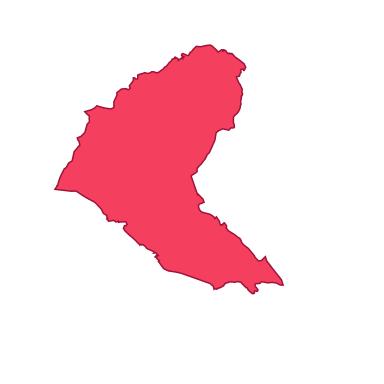 Bygland nor, Aust-Agder, Norway, rotated 237°
{"feature_id": "86288312B73251107165471", "entity_name": "Bygland nor", "entity_type": "district", "adm_level": 2, "iso_a3": "NOR", "parent_name": "Norway", "parent_adm1": "Aust-Agder", "projection": "mercator", "projection_center": [7.603, 58.872], "detail": "fine", "context": "isolated", "style": "filled", "palette": "rose", "viewbox_px": 384, "rotation_deg": 237, "n_neighbors": 0, "source": "geoboundaries", "source_scale": "gbopen_adm2", "svg_char_len": 5931}
<svg xmlns="http://www.w3.org/2000/svg" viewBox="0 0 384 384"><g transform="rotate(237 192 192)"><path d="M268.9,78.5L258.5,91.1L255.9,95.3L248.0,98.7L242.6,101.4L236.5,104.8L233.5,105.5L226.8,106.6L222.3,106.0L220.8,106.8L218.4,107.7L217.5,107.0L216.0,107.1L215.9,105.8L212.8,106.2L210.8,111.0L208.2,111.9L207.6,114.4L206.8,114.3L206.5,114.0L205.7,116.0L204.5,117.8L203.1,120.3L200.1,119.9L200.2,119.5L200.2,119.3L200.0,118.7L199.8,118.3L199.7,118.1L199.8,118.0L200.4,117.4L200.5,117.0L199.3,115.4L198.8,114.6L197.0,114.7L195.8,114.6L189.6,116.1L186.6,117.1L181.5,118.4L177.6,119.0L177.3,119.5L176.5,119.6L175.8,119.4L175.8,120.5L175.5,120.6L175.2,120.8L175.1,121.1L174.9,121.2L174.7,122.0L174.3,122.4L173.5,122.5L173.1,122.7L172.0,123.1L171.6,123.1L171.2,123.2L169.9,123.2L169.1,123.4L162.7,127.5L162.2,127.7L162.0,127.1L161.9,127.0L161.5,127.0L161.5,126.9L161.3,127.2L161.2,127.7L161.0,128.2L160.5,128.7L159.7,128.6L158.7,129.0L158.7,128.9L158.6,128.6L158.5,128.4L158.1,128.3L157.5,128.8L157.0,129.0L157.0,128.9L157.2,128.5L157.1,128.3L157.2,128.1L157.3,127.7L157.7,127.2L158.0,127.4L158.1,127.1L158.0,126.8L157.8,126.9L157.8,126.7L157.7,126.6L157.7,126.2L157.6,125.8L157.6,125.7L155.9,126.5L154.7,126.3L153.8,126.7L153.0,126.8L152.1,127.1L152.0,126.0L143.1,126.5L138.7,129.2L134.2,134.3L130.2,138.3L105.3,157.4L101.3,158.5L98.7,157.6L98.8,157.8L98.7,158.1L98.5,158.4L97.7,159.0L96.9,160.0L97.3,161.1L96.8,162.0L96.7,162.3L96.8,162.7L96.7,163.0L96.4,163.5L96.4,163.9L96.2,164.4L96.4,165.5L96.2,166.3L96.1,167.4L96.3,167.8L96.6,168.0L96.8,169.1L97.2,169.9L97.2,170.5L97.0,170.9L97.0,171.6L96.5,172.6L96.3,173.5L96.3,174.2L96.2,174.7L95.6,175.5L95.1,175.9L95.1,176.2L94.7,176.8L93.8,177.7L93.1,178.6L92.8,179.5L92.5,180.0L92.5,180.3L92.1,181.4L91.3,182.1L91.1,182.4L90.6,183.0L89.7,183.7L89.5,184.0L87.4,184.1L86.8,184.2L86.4,184.5L85.0,184.6L83.3,185.1L82.5,185.1L82.2,185.2L81.5,186.1L81.3,186.1L80.8,186.1L79.8,185.7L78.1,186.0L77.7,186.2L74.5,187.0L74.0,187.3L73.9,187.7L73.4,187.8L73.3,188.2L73.3,189.5L74.3,189.9L74.9,190.5L74.7,191.1L74.2,191.7L73.4,192.1L73.2,192.9L73.7,193.9L74.2,194.0L74.8,194.0L77.0,193.9L78.5,193.6L79.5,194.0L80.3,195.2L80.0,196.4L79.1,197.6L78.4,199.1L78.9,201.5L74.6,206.0L72.6,209.8L69.7,213.3L66.1,215.2L64.7,217.0L64.3,217.7L69.7,219.2L84.3,217.8L93.6,217.1L97.8,218.3L96.8,213.2L97.0,212.0L97.9,210.2L102.9,209.3L104.6,209.6L113.9,208.5L114.4,208.4L118.5,206.9L121.2,206.2L121.7,206.2L123.5,206.3L124.8,206.8L127.3,206.8L128.9,205.9L132.8,204.6L139.4,201.5L143.3,201.0L143.5,201.2L143.6,201.7L144.7,202.5L148.3,202.5L148.6,202.3L148.7,202.1L148.7,201.7L148.6,201.2L148.4,200.6L147.9,200.1L147.7,199.7L147.9,199.5L148.3,199.4L148.5,198.9L148.4,198.3L150.2,198.1L152.4,199.0L157.9,198.9L157.2,196.7L159.1,196.8L161.2,196.1L163.8,194.8L168.3,190.5L170.0,189.3L171.0,188.8L173.9,188.7L175.0,189.0L177.2,190.2L177.8,191.5L176.8,196.5L180.0,197.3L187.2,195.9L187.2,195.6L186.7,195.5L186.7,195.2L205.7,199.9L206.1,200.9L206.2,201.9L206.0,203.3L206.1,206.5L206.5,207.5L207.2,208.0L208.0,208.4L209.3,209.4L209.4,210.7L209.7,211.3L210.1,213.1L210.5,215.2L211.6,217.9L212.6,221.2L213.2,222.0L213.8,223.3L215.0,225.0L215.6,228.1L222.8,239.2L228.6,244.6L228.9,248.0L228.2,252.3L223.9,256.4L224.0,257.5L224.6,259.3L224.5,259.6L223.2,261.6L223.1,262.3L223.3,262.9L224.9,263.8L226.2,264.3L227.6,264.5L231.4,267.0L232.6,268.1L232.9,269.8L233.6,273.5L234.6,275.7L236.5,278.4L237.3,278.9L237.9,279.5L238.4,280.4L239.7,281.3L240.2,281.5L240.7,281.8L241.7,282.1L242.6,283.4L243.2,283.9L244.1,284.3L244.4,284.7L244.7,284.8L244.7,285.4L245.6,285.7L245.7,286.3L245.9,286.9L246.6,287.8L248.0,288.2L248.6,288.2L249.8,289.2L250.4,289.9L251.1,290.1L253.3,290.4L254.6,290.7L255.6,290.8L258.4,290.8L259.4,290.9L264.3,291.9L264.0,293.3L263.5,294.3L263.3,294.8L263.6,295.4L264.3,295.7L265.1,297.0L265.7,298.4L265.9,298.5L267.9,299.1L268.1,299.6L267.6,301.1L267.1,301.7L266.5,301.5L266.0,301.5L265.6,301.7L265.6,302.3L266.8,303.9L267.2,304.9L271.1,305.5L277.0,303.6L281.9,301.6L286.5,300.9L286.9,299.5L287.5,299.1L287.8,299.3L287.9,299.2L287.8,298.9L288.2,298.4L288.6,298.1L288.9,297.4L288.9,297.2L292.4,297.3L293.3,294.8L293.6,295.2L294.0,296.0L295.1,294.5L295.1,290.1L297.5,289.9L303.2,288.4L303.9,288.2L305.4,287.2L307.2,283.5L308.9,278.8L309.7,277.6L311.8,274.9L310.8,270.2L310.5,269.4L310.0,268.5L310.0,267.7L310.1,266.8L309.6,265.5L308.6,263.8L308.5,263.5L308.9,262.7L309.2,262.3L313.1,259.8L313.2,259.6L313.2,259.4L313.1,258.6L312.7,258.2L312.7,257.9L312.2,257.5L311.7,257.5L311.3,257.9L310.7,257.9L310.3,258.1L310.2,258.4L310.0,258.6L309.8,258.9L309.6,258.7L309.6,258.2L309.6,257.7L309.5,257.1L309.3,257.0L310.1,256.9L309.9,252.3L310.6,252.7L311.2,252.8L311.5,252.5L312.7,252.3L313.0,252.1L313.2,251.7L313.9,251.6L314.3,251.4L314.2,251.2L314.2,250.8L314.1,250.6L313.4,250.5L313.7,250.1L313.7,249.4L313.9,249.0L313.9,248.2L314.2,247.8L313.2,245.9L313.0,245.0L313.0,243.5L311.9,240.6L311.3,238.4L311.6,237.4L311.6,237.0L311.1,235.6L310.8,234.7L310.8,233.1L310.7,230.8L310.5,228.7L311.0,228.2L311.5,226.8L313.5,225.6L314.8,223.7L314.7,221.8L315.3,220.1L316.0,218.8L317.7,217.6L318.2,215.6L318.9,213.4L319.5,211.3L319.6,210.8L319.6,210.1L317.6,208.9L316.5,207.9L317.3,206.4L318.1,206.1L319.0,206.1L319.7,204.9L317.4,203.5L315.1,197.2L312.5,196.5L312.5,194.3L314.7,192.9L316.8,188.9L316.2,183.1L313.9,181.6L310.3,175.7L305.3,172.4L306.0,169.0L308.5,166.2L309.0,165.5L311.7,162.9L314.4,160.5L316.1,159.3L315.5,156.2L315.5,155.4L315.9,151.4L316.5,150.4L316.7,149.3L317.5,146.9L317.8,145.8L314.3,146.4L311.6,147.3L311.1,146.9L309.0,145.4L307.1,144.4L306.6,143.9L306.5,143.6L306.4,142.6L306.0,141.0L300.3,134.6L299.1,129.1L299.9,125.3L298.3,124.7L295.6,124.7L292.3,123.4L292.1,121.6L291.5,120.1L290.0,115.1L283.4,108.4L283.5,104.4L281.0,99.7L280.9,99.1L281.1,97.7L278.4,93.0L275.8,88.9L272.8,85.2L270.8,83.0L270.8,82.5L270.9,82.3L270.5,82.1L270.4,81.9L268.9,78.5Z" fill="#f43f5e" stroke="#9f1239" stroke-width="1.5"/></g></svg>